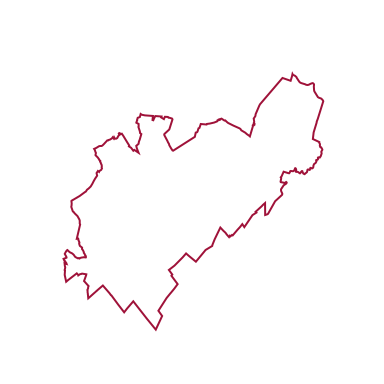 Pachuca de Soto, Hidalgo, Mexico, rotated 17°
{"feature_id": "50627088B83230284836349", "entity_name": "Pachuca de Soto", "entity_type": "district", "adm_level": 2, "iso_a3": "MEX", "parent_name": "Mexico", "parent_adm1": "Hidalgo", "projection": "equal_earth", "projection_center": [-98.775, 20.104], "detail": "fine", "context": "isolated", "style": "outline", "palette": "rose", "viewbox_px": 384, "rotation_deg": 17, "n_neighbors": 0, "source": "geoboundaries", "source_scale": "gbopen_adm2", "svg_char_len": 6022}
<svg xmlns="http://www.w3.org/2000/svg" viewBox="0 0 384 384"><g transform="rotate(17 192 192)"><path d="M180.5,124.4L180.4,128.5L179.6,129.2L179.6,132.3L179.5,133.0L179.3,133.4L178.2,134.1L178.6,138.4L161.9,158.0L161.3,158.0L160.5,157.4L159.3,156.4L156.6,153.9L155.9,152.7L154.5,151.5L154.2,151.1L153.4,150.2L148.9,145.7L148.7,145.3L148.6,144.9L148.7,144.5L151.9,139.0L152.0,138.6L152.1,128.8L152.1,128.3L151.9,128.0L151.4,127.6L148.6,127.6L148.1,127.8L147.8,127.8L147.4,127.4L146.9,127.3L144.1,128.0L143.8,130.5L140.7,129.7L140.8,128.9L140.8,128.7L134.7,130.1L134.2,132.8L134.0,134.7L133.2,134.7L132.4,130.7L124.5,132.5L121.4,132.8L120.1,132.4L120.2,135.6L118.4,136.9L118.4,139.1L118.6,139.3L118.5,140.6L118.5,142.0L121.0,142.5L121.8,144.8L121.7,145.4L124.3,149.1L125.2,150.9L126.6,151.4L126.7,157.1L126.5,159.4L126.7,160.6L126.8,161.6L125.2,164.2L126.5,166.4L129.4,170.1L124.5,168.6L123.8,169.7L120.8,167.5L118.3,166.8L118.4,165.9L115.5,163.4L110.0,158.5L107.9,156.8L107.5,157.2L105.2,156.9L104.9,157.5L105.4,158.0L106.1,158.4L105.3,159.5L104.9,161.2L104.8,162.0L104.6,162.4L104.0,163.1L103.1,163.4L102.6,163.4L102.3,163.3L101.9,162.9L102.0,163.7L101.9,164.0L100.2,162.8L99.7,164.2L98.1,166.0L96.9,166.7L96.7,167.2L95.9,167.4L93.6,172.2L92.7,173.8L92.1,174.4L90.4,175.0L89.7,175.4L87.6,177.8L85.8,179.4L86.8,180.3L88.0,182.0L88.6,182.6L88.8,183.4L88.9,184.9L89.1,185.1L91.9,186.6L93.1,187.6L93.6,187.9L93.8,188.3L94.5,188.8L95.0,188.9L95.0,189.3L95.2,189.9L95.9,190.2L96.7,191.6L97.4,192.1L98.2,193.6L98.3,194.2L98.4,194.9L99.0,195.7L98.7,197.3L98.4,197.8L97.8,198.4L97.2,199.3L97.2,199.9L95.9,199.4L95.2,201.8L96.5,204.1L95.4,207.7L94.8,210.4L94.3,213.3L93.5,216.4L92.0,219.1L91.2,220.1L90.8,220.9L90.6,221.8L90.3,222.7L89.7,223.3L85.7,228.7L79.7,235.2L79.3,235.9L80.3,238.1L80.8,240.3L80.9,241.5L83.7,245.4L85.0,245.9L85.4,246.3L86.4,246.9L89.5,248.5L92.3,251.2L93.0,252.2L93.9,255.1L94.5,255.7L95.5,270.4L96.7,269.8L97.0,270.1L97.4,271.1L97.8,271.7L98.3,272.1L99.1,273.2L99.0,273.9L99.3,274.3L99.5,274.9L100.5,276.3L102.9,277.2L103.2,277.4L103.4,278.4L103.6,278.8L104.9,279.7L106.1,281.1L106.3,281.8L107.3,282.5L108.3,283.8L108.6,283.8L108.9,284.0L109.2,284.7L109.6,285.1L109.6,285.6L109.4,285.7L107.6,286.0L106.9,286.4L105.7,286.9L104.6,287.6L104.3,287.8L104.1,288.2L104.0,288.4L103.9,288.5L103.4,288.3L103.0,288.3L102.6,288.7L102.2,288.8L100.1,288.4L99.3,288.2L98.2,287.4L97.2,286.6L95.9,286.0L95.1,285.7L93.0,285.4L91.5,284.8L89.8,283.9L89.6,284.1L89.2,284.9L88.8,286.3L88.4,288.4L90.7,290.6L91.2,291.4L91.2,291.5L88.7,293.5L90.2,295.2L90.4,295.0L92.5,296.7L92.3,296.9L92.9,297.5L91.0,297.5L92.0,299.8L92.8,301.1L93.0,302.5L93.0,303.9L93.5,304.2L94.5,308.5L97.9,314.6L99.5,312.1L105.6,303.5L107.6,304.7L107.7,304.9L108.8,303.5L109.3,303.1L109.9,302.9L110.7,302.2L115.0,301.6L115.1,302.4L114.8,308.7L120.6,312.2L120.5,313.3L120.8,314.6L120.6,316.2L120.8,316.3L121.5,318.5L122.1,319.6L122.2,320.1L122.6,320.8L123.0,321.9L123.9,324.0L130.6,313.0L134.1,307.5L142.7,312.9L144.7,314.4L145.1,314.4L154.4,321.3L162.3,326.9L164.0,322.4L167.8,313.7L185.8,326.3L197.6,334.2L199.7,319.3L194.6,315.4L198.7,300.8L201.1,294.9L201.1,295.0L203.3,289.7L205.2,284.3L196.8,278.1L197.3,276.7L192.7,273.3L196.8,267.5L202.1,257.4L204.3,252.5L207.4,253.9L216.1,257.5L221.2,245.3L221.9,243.5L227.1,237.7L227.0,236.5L227.5,230.6L229.5,217.7L233.5,220.0L235.4,220.9L236.7,221.7L237.2,222.2L240.6,224.3L241.0,222.8L241.7,223.2L242.8,221.4L243.6,221.6L246.6,214.7L248.1,211.6L249.5,208.0L252.3,210.3L256.6,196.4L259.6,192.9L258.6,192.3L262.9,185.1L263.6,183.6L265.1,181.2L268.7,192.6L270.4,191.4L271.0,190.8L271.2,190.2L274.2,176.5L278.9,168.5L279.0,168.1L278.9,167.6L278.8,167.1L277.0,165.1L276.5,164.0L276.4,163.6L276.4,163.2L277.7,158.8L279.5,156.6L279.7,156.2L279.8,155.8L279.8,155.3L279.6,155.1L279.1,154.9L278.4,155.9L278.0,156.1L277.1,156.4L276.4,156.3L274.3,156.6L274.0,156.6L273.7,156.3L273.6,155.6L273.5,154.1L273.4,154.0L273.3,152.9L273.1,152.3L272.6,152.0L273.1,150.8L273.7,145.8L278.4,145.8L279.4,145.7L279.6,145.3L279.8,144.5L279.8,143.6L279.9,143.3L280.3,143.0L282.2,142.7L282.7,142.5L283.2,141.8L283.4,141.4L283.6,140.6L283.6,139.3L283.7,139.1L284.0,139.0L284.5,139.3L285.1,140.2L285.3,141.0L285.2,141.9L285.3,142.2L285.5,142.3L285.8,142.3L286.8,141.9L287.4,141.9L288.1,142.0L289.4,142.6L289.8,142.6L290.2,141.9L290.5,140.7L290.9,139.9L291.1,139.8L291.4,139.8L292.1,140.9L293.3,141.9L294.5,142.0L294.7,141.6L294.8,141.2L295.7,140.1L296.1,139.4L296.1,138.2L295.9,137.3L296.0,136.9L296.1,136.7L296.4,136.5L298.0,136.5L298.2,136.3L298.1,134.6L298.2,134.3L298.8,134.2L299.2,134.5L299.7,134.4L300.0,134.3L300.5,133.7L300.7,133.2L300.7,132.6L300.4,131.1L300.5,130.2L300.6,129.6L301.0,129.0L301.5,128.4L301.8,127.8L302.0,126.5L302.0,126.2L301.5,125.6L301.5,125.3L301.5,125.1L302.3,124.7L302.8,124.1L302.9,123.6L302.4,122.5L302.5,122.1L303.4,121.6L304.1,121.7L304.6,120.3L304.7,117.5L304.6,116.9L304.1,116.2L303.9,115.8L304.0,114.9L304.2,114.1L304.3,113.6L304.2,113.2L303.9,112.9L302.7,111.7L302.4,111.5L302.0,111.7L301.6,111.6L301.5,111.4L300.7,110.4L300.6,109.6L300.3,108.7L299.2,107.6L299.1,107.0L292.1,106.0L290.9,99.4L290.9,89.3L290.7,88.1L290.9,85.4L291.0,66.8L290.4,66.1L288.4,64.9L285.5,64.7L284.6,64.4L279.6,60.0L279.0,59.0L277.7,55.6L277.4,54.1L277.2,53.4L276.6,52.9L275.8,52.6L275.3,52.7L273.7,53.9L272.3,55.3L271.2,55.9L269.8,56.1L268.6,55.9L264.5,55.9L263.4,55.7L262.4,55.2L259.0,52.4L258.3,51.6L257.7,51.3L256.7,50.8L254.2,50.4L253.6,49.8L253.8,52.3L253.8,56.8L245.2,56.5L231.4,88.2L231.1,89.7L230.1,99.0L230.4,100.7L229.8,103.0L229.5,103.6L231.0,106.8L230.9,107.7L231.9,108.5L232.0,109.1L232.0,109.3L231.0,108.8L230.9,109.8L230.6,110.5L231.0,111.0L231.1,121.9L230.3,121.5L227.5,120.6L225.6,119.7L221.1,118.6L219.8,117.5L218.6,117.2L212.2,116.4L206.3,115.4L204.6,114.7L202.9,113.8L202.2,114.2L198.8,113.2L197.8,113.9L196.9,114.5L197.4,114.9L197.0,115.2L196.6,114.8L195.4,116.0L195.6,116.7L195.4,117.1L192.9,119.1L189.1,121.3L186.3,122.6L186.2,123.2L180.5,124.4Z" fill="none" stroke="#9f1239" stroke-width="2"/></g></svg>